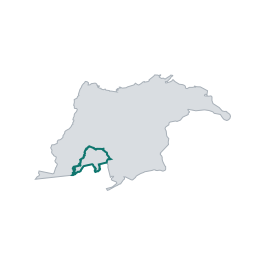 Vaupés highlighted on a map of Colombia, rotated 76°
{"feature_id": "COL-1426", "entity_name": "Vaupés", "entity_type": "Commissiary", "adm_level": 1, "iso_a3": "COL", "parent_name": "Colombia", "parent_adm1": "", "projection": "equal_earth", "projection_center": [-70.34, 0.431], "detail": "fine", "context": "in_parent", "style": "outline", "palette": "teal", "viewbox_px": 256, "rotation_deg": 76, "n_neighbors": 0, "source": "natural_earth", "source_scale": "10m", "svg_char_len": 8142}
<svg xmlns="http://www.w3.org/2000/svg" viewBox="0 0 256 256"><g transform="rotate(76 128 128)"><path d="M143.0,32.7L141.0,33.8L137.2,35.1L134.6,40.8L132.8,41.8L130.6,45.2L128.9,49.4L127.7,58.0L124.4,65.2L124.6,65.5L125.9,65.2L127.2,64.4L127.6,64.7L128.1,65.9L129.5,66.3L130.7,72.2L133.0,75.2L133.2,76.3L133.5,78.8L132.7,80.3L132.4,85.7L133.1,87.0L134.8,87.6L136.0,90.9L136.7,91.7L137.7,92.2L140.2,91.7L144.7,92.3L145.7,92.2L148.2,91.0L151.4,92.4L153.8,92.7L160.2,102.8L160.8,102.5L161.6,103.1L163.2,102.1L164.6,101.9L166.5,102.4L168.9,102.4L173.7,101.4L174.4,100.8L177.1,101.4L177.9,102.1L178.3,104.0L178.0,105.2L177.0,106.4L176.5,107.9L176.4,109.8L176.0,111.1L175.1,112.0L174.8,113.3L175.0,115.0L174.5,122.7L174.9,123.3L175.2,126.5L176.3,130.6L176.8,131.8L177.8,132.7L179.5,136.1L179.1,137.3L174.7,142.5L174.5,143.8L175.3,143.3L176.7,143.8L177.2,145.0L180.4,148.7L180.4,150.1L181.3,152.9L181.2,153.5L183.4,161.4L183.5,163.1L181.6,163.6L181.5,158.3L181.3,157.2L179.1,152.5L178.7,152.1L177.3,152.6L174.9,156.1L173.8,156.6L172.9,156.1L172.0,154.1L171.4,153.7L170.9,155.4L171.6,157.0L161.2,157.0L159.1,156.3L156.3,157.1L156.3,165.1L161.2,165.2L162.6,167.5L162.5,169.4L162.7,170.0L161.5,170.4L159.8,169.2L156.7,170.7L154.5,171.0L154.3,179.8L155.7,182.0L158.3,184.4L158.7,186.0L158.5,187.5L159.1,189.4L160.0,190.4L160.0,191.6L160.4,192.8L155.3,230.3L153.4,228.0L152.8,225.9L151.9,225.1L150.1,225.7L148.2,224.7L154.3,212.0L154.1,210.9L149.0,207.7L148.5,207.0L146.1,205.3L144.8,205.8L144.0,206.6L142.2,206.9L140.7,205.5L138.9,204.6L136.8,206.8L136.2,206.7L134.7,207.7L133.1,208.0L131.0,207.1L129.3,207.7L128.1,207.6L127.6,206.9L126.1,206.2L126.0,205.3L126.4,203.8L125.8,200.7L125.5,200.1L124.4,200.1L123.0,199.0L122.8,198.3L123.0,197.1L122.8,196.0L121.5,193.5L119.7,192.9L117.9,190.8L116.2,190.1L115.4,188.6L114.6,185.3L112.8,182.7L111.5,181.8L111.1,180.6L109.8,180.5L108.0,178.8L107.2,178.7L106.7,179.5L105.0,178.6L103.6,177.4L102.2,177.0L101.2,176.3L99.5,173.9L97.7,172.7L96.6,173.2L96.2,174.9L95.6,175.2L93.5,174.8L93.1,175.2L92.6,175.1L90.0,173.8L87.4,173.3L86.7,170.3L85.1,169.2L84.6,167.8L83.4,168.0L79.0,165.3L77.2,163.4L75.6,162.3L74.0,160.2L73.8,159.4L72.5,158.2L73.1,156.6L74.6,155.4L76.6,156.3L76.9,154.5L76.1,152.8L76.5,149.1L77.0,148.3L78.1,147.6L78.8,147.9L79.2,147.2L80.8,147.5L81.3,147.3L82.5,145.8L83.0,144.6L83.6,144.7L84.9,142.7L84.7,140.7L85.9,140.3L87.2,137.0L87.8,136.9L88.1,135.4L90.4,130.0L89.5,130.6L88.7,130.2L88.8,128.4L88.5,128.2L87.8,129.6L87.2,128.2L87.3,125.9L86.3,126.3L86.4,125.8L87.9,124.0L88.5,120.1L88.0,118.6L87.7,112.7L87.5,111.5L86.3,110.0L88.2,108.3L88.9,107.1L88.0,104.4L86.9,102.2L86.9,100.9L87.5,101.0L87.8,97.3L87.2,95.9L86.4,95.9L83.9,90.4L83.0,89.3L83.7,86.7L84.5,85.5L84.3,83.5L84.8,83.6L85.9,85.4L86.4,85.2L88.1,83.4L88.1,81.8L89.5,80.2L87.6,74.6L87.0,73.7L87.8,71.9L88.2,72.0L88.9,73.8L90.1,74.9L91.9,78.0L92.6,78.7L92.1,79.4L92.0,80.2L92.2,80.6L93.2,80.7L93.6,79.8L93.4,76.0L93.0,74.2L92.0,72.8L92.3,72.3L94.2,71.3L97.9,67.7L99.2,64.4L100.2,63.1L101.3,62.3L102.7,62.5L103.7,62.1L104.1,61.0L103.4,58.7L104.2,55.5L104.2,53.8L104.7,52.9L104.5,52.5L103.2,53.6L104.6,51.4L105.6,47.9L111.1,41.8L114.6,43.3L115.7,43.2L114.2,44.0L114.0,44.9L114.5,45.8L115.1,46.0L115.5,45.5L116.7,41.9L116.9,39.9L117.4,39.3L118.2,39.0L121.6,39.9L124.9,39.6L130.3,34.5L134.3,32.4L135.3,30.3L135.6,28.7L136.3,28.1L137.1,28.1L137.6,27.2L139.4,25.9L141.4,25.7L143.5,26.9L144.5,29.0L144.6,30.4L143.0,32.7ZM80.9,146.9L80.6,147.1L80.1,146.6L80.0,146.0L80.3,145.6L80.6,145.7L80.9,146.9Z" fill="#d9dde1" stroke="#a8b0b8" stroke-width="1"/><path d="M156.4,157.1L156.3,157.6L156.3,165.1L156.5,165.1L156.9,164.8L157.1,164.7L157.4,164.7L157.4,164.8L157.5,165.1L158.4,164.9L158.6,164.9L159.0,165.1L159.4,165.1L159.7,165.1L159.8,165.1L160.0,165.3L160.2,165.5L160.3,165.5L160.7,165.1L160.8,165.0L161.0,165.0L161.4,165.4L161.6,165.5L161.9,165.9L162.0,166.0L162.0,166.4L162.2,166.5L162.2,167.0L162.3,167.2L162.5,167.3L162.7,167.5L162.5,168.0L162.6,168.6L162.6,168.8L162.5,169.0L162.4,169.1L162.4,169.3L162.6,169.6L162.8,169.9L162.8,170.1L162.8,170.3L162.6,170.4L162.4,170.3L162.2,170.3L162.1,170.5L161.9,170.6L161.5,170.5L161.4,170.5L161.4,170.2L161.2,170.1L160.8,170.3L160.7,170.2L160.1,169.3L159.9,169.2L159.7,169.1L159.3,169.3L159.0,169.5L158.8,169.5L158.7,169.7L158.6,169.9L158.4,170.1L158.1,170.0L157.9,169.9L157.7,169.9L157.4,170.3L157.1,170.5L156.7,170.7L156.4,170.8L155.7,170.8L155.4,170.9L155.2,170.9L154.8,171.0L154.6,171.1L154.5,170.9L154.3,178.7L154.3,179.7L154.3,180.1L154.4,180.4L154.8,180.9L155.3,181.5L155.5,181.9L155.6,182.0L156.1,182.2L156.2,182.3L156.3,182.5L156.5,182.9L156.8,183.1L157.1,183.6L157.3,183.7L158.0,184.1L158.3,184.4L158.4,184.6L158.5,184.8L158.5,185.1L158.5,185.5L158.7,185.8L158.8,186.1L158.7,186.4L158.4,186.9L158.3,187.2L158.4,187.5L158.8,188.0L158.8,188.5L158.9,188.8L159.0,188.8L159.1,189.0L159.2,189.3L159.2,189.5L159.3,189.7L159.5,189.8L159.8,190.3L160.0,190.4L160.0,190.5L160.1,191.0L160.0,191.4L160.0,191.6L160.3,192.3L160.4,192.7L160.2,193.4L159.9,192.9L159.9,192.7L159.7,192.6L158.9,192.1L158.3,192.5L158.2,192.5L158.1,192.4L158.1,192.2L158.1,191.8L158.2,191.6L158.2,191.3L158.2,191.1L158.0,190.9L157.7,190.5L157.5,190.4L157.4,190.4L157.2,190.5L157.1,190.9L157.0,191.0L156.8,191.0L156.4,190.8L156.2,190.8L155.9,191.0L155.6,191.1L155.4,191.0L155.4,190.8L155.6,190.4L155.6,190.2L155.7,189.9L155.8,189.8L155.9,189.7L155.8,189.4L155.6,189.4L155.5,189.5L155.4,189.6L155.2,189.7L154.9,189.5L154.6,189.8L154.3,189.6L154.2,189.6L153.8,190.1L153.9,190.4L154.2,190.7L154.3,191.0L154.2,191.2L154.1,191.4L153.9,191.4L153.7,191.3L153.2,190.8L153.2,190.7L153.3,190.2L153.3,189.9L153.1,190.0L152.9,190.3L152.7,190.3L152.6,190.1L152.5,189.9L152.4,189.6L152.4,189.4L152.5,189.3L152.8,189.1L153.0,188.6L152.8,188.2L152.5,187.8L152.5,187.4L152.6,187.2L152.8,187.0L152.8,186.8L152.7,186.4L152.7,186.2L152.8,185.5L152.8,185.3L152.7,185.1L152.6,184.9L152.4,184.9L152.3,185.0L152.2,185.0L152.2,184.7L152.4,184.4L152.9,183.6L153.0,183.5L153.0,183.4L152.8,183.2L152.6,183.1L152.4,183.1L152.2,183.2L152.0,183.3L151.9,183.5L152.0,183.8L151.9,183.9L151.7,184.0L151.2,183.8L150.9,183.9L150.8,183.6L150.8,183.4L150.8,183.2L150.7,182.9L150.5,182.7L150.4,182.6L150.2,182.5L149.8,182.6L149.6,182.5L149.5,182.2L149.3,182.1L149.2,182.1L148.9,182.1L148.5,181.8L148.4,181.7L148.2,181.6L147.9,181.8L147.9,182.0L147.6,182.1L147.3,182.1L147.2,182.1L146.9,181.3L146.7,180.5L146.4,179.9L146.4,179.6L146.5,179.4L146.5,179.2L146.4,179.0L146.3,178.8L146.1,178.3L146.0,178.1L145.8,178.0L145.7,178.0L145.4,178.2L144.9,177.9L144.7,177.8L144.5,177.7L144.4,177.5L144.4,177.0L144.2,176.7L143.7,176.9L143.5,177.0L143.4,176.9L143.2,176.9L142.6,176.1L142.3,176.0L142.1,175.8L141.7,175.9L141.3,175.8L141.2,175.8L140.9,176.0L140.4,175.5L139.5,175.0L139.4,174.8L139.2,174.4L139.1,174.2L138.9,174.2L138.7,173.8L138.6,173.5L138.2,173.8L138.0,173.6L138.1,173.4L138.1,173.2L137.9,172.8L137.6,172.5L137.3,172.1L137.3,171.9L137.3,171.7L137.3,171.3L137.2,171.1L136.9,171.2L136.7,171.0L136.7,170.8L136.6,170.3L136.5,170.1L136.4,170.0L138.1,167.6L138.4,167.2L138.6,166.9L138.7,166.7L138.8,166.5L138.9,166.2L139.0,166.0L139.3,166.0L139.5,166.1L140.1,165.5L140.2,165.3L140.3,165.1L140.5,164.8L140.5,164.7L140.5,164.4L140.7,164.2L140.7,163.9L140.8,163.9L140.9,164.0L140.9,164.3L141.0,164.4L141.1,164.5L141.2,164.4L141.2,164.2L141.0,163.8L140.9,163.6L140.8,163.2L140.8,162.7L140.9,162.4L141.3,161.0L141.4,160.7L141.4,160.4L141.5,160.1L141.7,159.5L141.8,159.1L141.9,158.9L142.1,158.5L142.2,158.2L142.2,157.9L142.2,156.8L142.4,156.8L142.7,157.1L143.0,157.2L143.1,157.5L143.4,157.5L143.6,157.4L143.8,157.2L144.4,156.5L145.1,156.0L145.6,155.8L145.9,155.5L146.1,155.3L146.5,154.8L146.6,154.6L146.8,154.5L147.7,154.5L148.0,154.6L148.3,154.6L148.5,154.7L148.7,154.8L148.8,154.7L149.0,154.7L149.9,154.3L150.0,154.2L150.4,154.1L150.5,154.0L150.7,153.8L150.9,153.7L151.3,153.6L151.5,153.5L151.9,153.5L152.2,153.4L152.6,153.2L153.1,153.1L153.3,153.0L153.4,152.9L153.6,152.7L154.0,152.3L154.0,152.8L153.9,153.4L153.5,154.7L153.5,154.9L153.5,155.1L154.5,156.2L155.0,156.5L155.7,156.7L156.1,156.9L156.4,157.1L156.4,157.1Z" fill="none" stroke="#0f766e" stroke-width="2"/></g></svg>